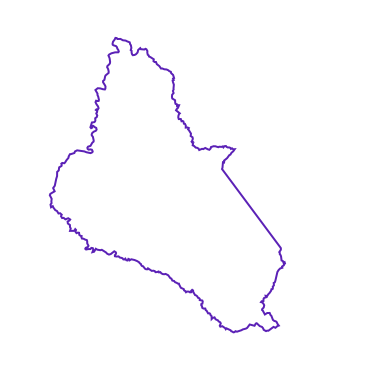 Canguçu, Rio Grande do Sul, Brazil (Albers equal-area conic projection), rotated 295°
{"feature_id": "56859067B84046168462742", "entity_name": "Canguçu", "entity_type": "district", "adm_level": 2, "iso_a3": "BRA", "parent_name": "Brazil", "parent_adm1": "Rio Grande do Sul", "projection": "albers", "projection_center": [-52.66, -31.277], "detail": "fine", "context": "isolated", "style": "outline", "palette": "violet", "viewbox_px": 384, "rotation_deg": 295, "n_neighbors": 0, "source": "geoboundaries", "source_scale": "gbopen_adm2", "svg_char_len": 5919}
<svg xmlns="http://www.w3.org/2000/svg" viewBox="0 0 384 384"><g transform="rotate(295 192 192)"><path d="M247.5,67.8L247.1,65.0L246.2,62.7L243.6,61.4L241.2,64.8L240.0,65.3L238.8,66.7L236.2,68.7L235.1,68.9L234.5,68.0L234.2,66.5L232.6,66.6L231.2,68.3L229.8,70.7L228.5,71.9L227.1,71.8L226.6,70.5L225.7,70.2L225.3,71.9L224.1,72.2L222.8,72.0L221.3,73.8L219.6,74.0L217.9,73.1L216.0,74.2L214.9,74.3L214.0,73.9L212.7,71.9L207.7,72.6L207.2,73.6L208.1,74.3L209.6,73.3L210.2,74.6L209.7,76.3L209.6,78.1L208.2,79.2L206.7,78.9L205.6,77.8L203.6,76.7L201.9,76.7L201.0,77.2L200.1,78.9L197.2,81.1L196.1,81.5L194.5,80.8L190.9,80.5L189.1,78.6L187.8,78.5L186.9,79.3L186.7,80.4L187.7,82.0L188.0,83.4L186.9,84.8L185.9,84.9L184.4,83.7L183.4,79.5L183.3,77.3L181.2,70.3L179.3,68.8L177.6,68.9L175.2,66.3L174.7,65.4L172.2,65.2L170.7,65.6L167.8,64.8L165.1,64.5L164.1,64.1L163.5,62.1L162.4,61.6L161.5,62.5L160.4,62.7L158.2,61.2L155.2,62.1L153.2,61.3L149.4,63.0L146.5,63.4L139.7,65.0L136.9,64.5L134.6,67.2L130.5,64.4L129.0,64.5L126.5,67.7L124.1,68.5L122.6,69.4L120.8,69.1L118.6,70.7L120.3,71.8L119.2,73.1L118.5,74.5L117.8,75.7L117.7,77.7L116.1,80.1L117.0,81.4L116.4,83.5L114.7,83.5L113.5,85.3L114.3,86.6L113.7,88.8L115.9,90.9L115.6,93.2L114.4,93.0L112.7,91.7L111.0,92.8L110.5,95.3L108.6,96.3L107.7,97.5L105.2,97.9L106.7,101.1L107.7,101.8L109.0,101.9L108.6,102.9L106.8,103.1L105.9,104.7L107.0,105.8L107.3,106.9L105.5,108.0L105.2,109.4L105.4,110.6L104.4,110.8L103.3,111.9L103.8,113.4L103.7,115.5L104.0,116.9L103.1,117.8L101.1,118.8L99.5,120.9L98.3,120.9L96.5,119.3L95.4,119.3L95.1,120.3L96.3,121.9L97.4,124.1L98.8,124.4L99.2,125.8L97.9,127.0L95.4,127.2L96.5,128.5L99.9,128.8L99.7,130.5L100.5,133.5L101.5,134.7L100.9,139.5L100.2,141.3L100.2,143.2L101.4,144.6L105.4,146.6L105.2,148.3L104.6,149.0L103.8,149.2L102.1,148.8L101.2,149.3L101.6,150.9L102.6,152.6L102.1,154.4L102.4,155.4L102.6,157.0L101.9,158.3L102.3,159.3L103.4,159.7L102.4,161.3L102.7,162.6L104.5,162.6L104.5,163.7L103.8,164.4L105.4,165.5L106.1,168.8L106.2,171.6L105.9,174.0L105.3,174.7L105.1,176.2L104.2,177.0L103.8,178.0L104.0,179.1L102.6,181.9L102.6,183.1L103.2,184.4L104.2,184.4L103.5,188.9L104.3,190.1L104.6,191.6L103.9,192.8L104.7,194.2L105.8,195.3L105.2,196.1L106.0,197.2L105.3,198.7L105.3,200.4L105.8,201.7L106.6,202.7L106.5,205.6L104.8,208.7L104.8,209.9L103.4,211.6L103.8,213.3L103.1,214.8L103.2,216.6L103.0,217.9L103.4,218.9L102.7,219.5L100.5,222.3L100.5,225.6L99.5,226.4L99.4,227.6L98.6,228.9L99.6,229.4L100.4,231.3L100.2,232.6L100.8,233.6L102.0,233.0L103.4,233.5L103.2,234.6L102.0,235.3L99.9,238.3L100.0,239.6L99.6,241.0L98.7,242.0L98.8,243.4L98.3,244.3L97.3,244.7L98.0,247.2L97.3,248.0L95.2,248.6L94.3,247.8L93.1,248.4L92.8,249.3L91.4,250.2L91.2,251.6L92.0,253.3L90.7,254.4L90.6,255.4L88.8,257.9L89.5,259.2L89.1,260.1L88.3,260.8L87.7,262.3L85.2,263.5L86.6,264.0L87.9,265.4L86.6,267.2L86.6,269.9L86.0,270.7L85.8,272.7L85.1,273.6L82.5,273.7L81.9,274.6L83.2,276.2L82.6,279.6L81.9,280.6L83.0,280.9L83.0,285.4L82.4,286.4L82.5,287.6L82.3,288.8L83.0,289.8L84.2,290.2L84.4,291.8L87.6,295.2L88.9,296.1L91.0,298.6L92.1,299.4L96.3,300.3L97.2,305.2L99.7,305.4L100.4,306.1L99.1,310.1L99.3,312.4L98.5,314.1L97.4,315.2L97.2,317.9L98.0,318.6L98.6,319.9L104.2,322.9L104.2,325.0L106.6,326.1L107.6,327.1L108.3,325.7L110.0,323.5L110.2,322.4L109.9,321.2L110.3,319.4L113.3,316.3L113.7,315.1L115.2,313.5L114.1,311.3L111.8,309.8L114.4,306.3L114.7,305.3L115.6,305.1L117.6,305.8L119.9,305.3L121.1,303.7L121.6,302.3L121.4,301.1L122.4,301.3L123.3,302.8L125.5,302.0L126.6,302.2L128.1,303.9L129.1,302.7L129.6,304.1L131.8,304.4L133.0,304.9L135.8,305.4L137.5,305.1L138.0,306.0L139.2,305.9L140.4,305.2L142.0,305.7L144.1,304.5L145.1,305.2L146.6,305.1L155.6,303.2L158.0,303.5L160.1,304.3L161.5,305.9L162.5,305.1L164.4,306.2L165.3,305.9L166.5,306.5L167.6,305.5L166.7,304.7L167.8,303.6L167.8,302.1L171.3,299.9L172.2,299.0L172.8,297.8L173.8,297.4L174.4,296.5L177.0,296.9L177.9,296.7L178.8,296.1L225.5,209.5L226.8,209.4L232.0,207.5L232.2,208.6L233.1,208.4L234.0,207.8L237.5,209.5L241.1,210.2L242.1,211.0L244.2,211.2L246.4,212.2L248.8,212.6L248.1,211.4L248.5,209.9L247.5,209.1L248.2,208.2L248.1,206.8L247.5,205.7L247.5,204.2L248.0,203.3L247.2,202.0L245.7,201.6L246.3,200.6L245.5,199.9L244.5,197.5L243.7,196.9L243.3,193.8L242.6,192.2L240.7,190.2L239.3,190.5L237.6,189.9L237.4,188.4L237.5,185.4L235.6,184.0L235.4,182.9L233.1,180.8L234.1,179.6L234.2,177.8L233.8,176.6L234.6,174.4L234.6,172.9L236.3,172.5L237.2,170.8L237.8,171.6L238.2,170.5L240.5,170.3L241.8,169.4L242.2,167.1L244.5,166.4L246.8,162.9L247.1,162.0L248.6,162.1L248.6,160.7L247.7,159.1L249.6,158.3L250.8,156.8L250.5,155.8L252.3,154.4L252.4,153.4L251.7,152.6L253.4,151.0L252.5,149.2L253.7,148.1L255.2,147.5L257.1,147.3L258.1,147.7L259.3,143.0L260.6,143.1L262.3,143.7L265.2,143.6L264.8,142.6L263.8,142.0L265.1,141.2L264.9,139.9L265.7,139.1L268.0,137.9L268.4,134.6L269.8,133.6L271.7,132.9L273.9,133.5L275.5,132.0L277.2,132.0L278.0,131.5L281.6,130.2L283.8,128.1L284.9,127.3L285.8,128.1L286.8,126.9L287.7,127.6L290.1,125.4L290.9,122.9L292.0,122.0L291.9,120.4L292.3,119.2L292.3,117.2L291.5,115.0L291.4,112.9L290.8,111.7L292.3,109.2L293.0,106.1L294.6,104.4L294.0,103.2L294.3,101.8L296.1,101.3L296.7,97.2L296.6,95.8L297.5,95.0L297.7,93.9L299.4,92.6L300.9,92.0L302.1,90.3L302.1,89.3L301.0,88.6L299.8,85.3L300.5,84.3L298.0,83.2L295.4,83.7L293.2,83.0L292.0,82.1L291.0,80.6L291.4,79.6L292.6,78.5L294.5,77.5L294.7,76.5L296.9,76.2L299.2,74.6L299.7,73.6L301.3,72.3L301.1,69.2L301.2,67.9L300.3,65.2L300.5,62.5L299.1,59.7L299.7,58.7L299.3,57.5L297.6,57.5L294.8,56.9L292.6,57.4L291.9,58.0L291.8,59.1L292.1,61.5L291.5,62.8L290.4,63.7L289.7,65.0L288.4,66.3L287.5,66.2L286.0,63.2L283.6,60.3L281.5,58.8L280.4,58.6L278.5,60.7L275.5,62.7L274.2,63.2L272.9,63.1L270.4,62.1L269.3,62.3L268.0,64.0L266.1,65.5L264.7,66.1L261.1,64.4L260.1,64.4L256.7,65.2L255.0,64.5L253.9,65.0L251.8,68.2L251.1,69.0L249.1,69.8L248.1,69.7L247.5,67.8Z" fill="none" stroke="#5b21b6" stroke-width="2"/></g></svg>